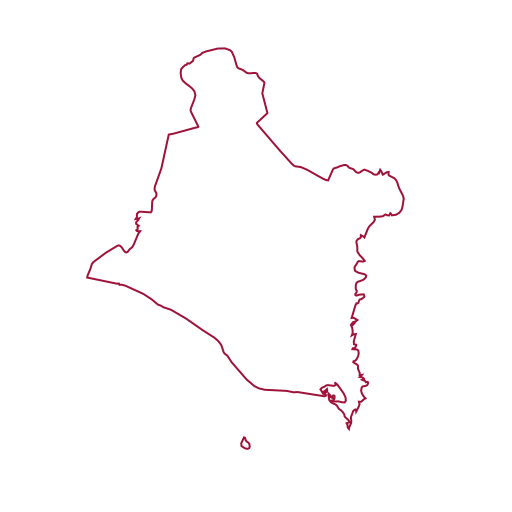 map outline of Atlántico Norte (Robinson projection), rotated 110°
{"feature_id": "NIC-657", "entity_name": "Atlántico Norte", "entity_type": "Autonomous Region", "adm_level": 1, "iso_a3": "NIC", "parent_name": "Nicaragua", "parent_adm1": "", "projection": "robinson", "projection_center": [-84.139, 14.031], "detail": "fine", "context": "isolated", "style": "outline", "palette": "rose", "viewbox_px": 512, "rotation_deg": 110, "n_neighbors": 0, "source": "natural_earth", "source_scale": "10m", "svg_char_len": 5739}
<svg xmlns="http://www.w3.org/2000/svg" viewBox="0 0 512 512"><g transform="rotate(110 256 256)"><path d="M132.5,168.8L133.3,167.6L136.2,164.6L132.4,161.6L131.7,160.1L133.8,159.5L134.5,159.1L134.9,158.2L135.6,152.6L136.8,150.3L138.6,148.4L138.9,148.2L141.0,146.6L143.3,144.7L149.4,138.2L151.6,136.8L159.5,135.2L163.0,135.0L166.5,136.2L169.4,138.6L171.3,142.2L170.9,142.6L169.9,144.1L169.8,144.4L172.4,144.8L172.8,146.6L172.7,148.6L175.4,150.6L176.7,153.2L178.7,158.4L181.2,156.7L183.7,157.0L188.9,159.5L191.9,160.2L201.5,160.5L201.0,161.6L200.6,164.6L202.7,163.9L204.1,164.7L205.4,166.1L207.5,166.7L208.9,166.3L212.4,164.1L217.3,162.2L219.8,158.8L221.6,155.0L223.4,152.2L224.7,153.6L225.6,157.6L226.6,158.4L228.6,158.6L231.9,159.4L233.3,159.5L236.0,157.9L236.7,154.6L236.0,147.5L236.8,145.7L238.4,145.5L240.3,146.2L241.5,147.0L242.5,147.9L245.6,151.7L247.2,152.4L249.2,152.3L252.4,151.2L253.2,150.7L253.7,150.0L254.4,149.3L255.6,149.1L256.7,149.3L257.4,149.6L257.9,149.7L258.8,149.1L258.8,147.9L257.7,146.7L256.8,145.3L255.2,141.7L256.7,140.4L257.6,140.3L260.7,142.4L261.0,143.1L261.5,143.7L262.9,143.9L265.1,143.8L265.8,144.2L266.1,145.4L268.4,145.7L281.5,144.9L280.8,143.7L280.8,142.3L281.5,138.8L283.1,139.8L285.2,142.3L286.9,142.8L286.7,142.2L286.1,140.8L287.0,141.2L287.6,141.4L288.0,141.8L288.8,142.8L290.4,141.2L292.8,139.8L295.4,138.8L297.8,138.8L296.8,138.0L296.2,137.3L295.2,135.5L302.6,135.0L305.4,133.8L305.1,131.5L306.8,131.3L308.1,131.5L309.1,132.2L309.6,133.5L310.6,133.5L309.3,129.2L309.9,127.5L312.3,126.2L315.0,125.8L317.9,126.0L320.3,126.8L321.5,128.3L322.5,128.3L323.0,126.5L323.3,124.5L324.0,122.8L327.2,121.5L330.5,118.5L332.4,117.9L332.1,117.4L331.8,116.3L331.5,115.8L333.5,116.5L334.2,116.9L333.8,114.8L334.0,113.1L334.7,112.4L336.0,113.8L336.1,111.5L336.3,110.5L337.0,109.5L336.1,108.1L336.6,107.3L337.9,107.1L339.6,107.5L340.3,108.2L342.0,111.0L343.2,111.7L346.3,111.3L349.0,109.5L351.0,107.0L352.3,104.4L354.0,105.8L355.7,106.6L357.1,107.5L357.7,109.5L359.7,108.1L362.0,107.9L367.9,108.6L366.3,109.4L366.2,110.2L367.2,111.0L368.8,111.7L369.3,111.6L375.2,111.7L378.7,109.9L380.5,109.5L385.0,109.8L386.8,109.5L385.8,111.1L383.4,112.3L382.2,113.7L380.2,111.2L378.6,112.9L377.3,116.2L376.4,117.9L374.7,118.8L373.1,121.0L371.9,123.5L371.4,125.6L371.0,126.3L369.4,128.2L368.7,129.3L368.3,130.7L368.1,134.0L367.8,135.5L366.7,137.4L365.1,138.7L360.5,140.7L360.9,139.8L361.2,139.1L362.3,137.6L362.3,138.8L362.8,137.9L363.1,137.2L363.2,136.5L363.2,135.5L362.1,136.2L361.7,136.3L360.5,135.5L360.5,134.5L362.1,133.7L363.6,133.5L365.0,134.0L366.0,135.5L365.9,132.6L364.4,128.7L364.1,125.6L363.3,122.6L361.4,122.1L359.2,123.0L357.6,124.1L355.0,126.8L349.2,135.2L347.8,138.8L349.1,137.3L349.5,136.6L351.3,138.2L352.8,144.4L353.7,145.8L355.4,147.0L357.3,149.0L359.3,149.8L361.4,147.0L360.4,146.0L358.0,144.4L356.8,143.8L358.3,142.9L359.9,143.4L361.3,144.9L362.4,147.0L362.3,143.5L363.2,142.4L364.4,143.7L369.6,170.3L369.9,171.1L371.2,174.0L372.3,181.2L378.7,202.0L379.4,207.9L378.8,213.1L375.2,222.7L364.2,242.5L359.4,248.9L358.7,251.4L357.8,253.2L351.5,258.2L348.8,262.4L347.0,267.2L343.8,281.3L338.7,300.4L335.6,317.7L335.8,325.1L335.2,328.7L335.2,331.6L332.4,339.2L330.1,349.2L328.6,368.7L328.9,372.4L329.8,374.5L328.8,375.4L329.6,377.3L334.0,407.3L331.6,407.6L324.9,407.2L319.5,407.5L317.1,406.6L304.0,398.0L294.0,389.9L293.4,389.3L293.0,388.6L292.9,387.8L293.0,387.0L293.3,386.1L293.8,385.2L296.3,381.8L296.8,380.9L297.0,380.0L297.1,379.2L296.6,378.5L295.6,377.9L293.3,377.2L291.9,376.5L290.9,375.8L289.5,375.2L287.0,374.8L276.2,374.3L274.2,374.1L273.7,373.7L272.3,373.4L273.0,375.2L273.2,376.7L272.7,377.3L271.5,376.5L270.5,376.5L269.3,377.3L268.7,377.2L267.8,376.5L266.7,379.7L265.1,380.1L263.1,379.2L260.6,378.7L261.3,379.5L262.0,381.0L262.4,381.7L260.3,381.2L257.1,382.3L256.0,381.7L255.1,381.5L254.3,380.6L253.8,379.5L251.2,370.5L250.9,369.7L249.9,369.4L248.1,369.7L240.1,372.2L238.8,372.2L237.2,371.7L236.3,371.1L235.5,370.6L234.7,370.4L233.7,370.3L232.9,370.4L231.9,370.7L230.5,371.7L228.9,373.7L227.2,374.4L224.6,374.8L206.0,374.9L171.7,379.5L169.3,375.4L156.0,356.7L155.2,355.1L154.8,354.6L154.2,354.4L142.2,366.9L141.0,367.5L138.9,367.7L130.1,367.5L125.7,367.9L122.3,370.2L120.6,372.9L119.5,375.6L117.9,380.9L116.3,384.7L115.1,386.2L113.8,387.3L110.0,389.3L106.6,390.2L105.1,390.0L101.1,388.1L100.1,386.6L98.5,386.4L98.3,386.1L98.1,384.7L97.9,384.2L97.4,383.9L95.5,382.8L94.5,382.1L94.0,381.9L93.5,381.9L92.8,382.1L92.0,382.2L91.6,382.2L91.2,382.1L90.9,382.0L90.6,381.8L86.8,377.9L86.0,377.2L85.4,376.8L83.6,376.0L81.0,373.1L74.2,363.0L71.5,356.1L71.5,350.7L72.3,348.7L76.4,344.6L83.6,339.4L85.1,338.1L85.5,336.9L85.7,335.5L85.6,334.7L85.7,332.0L87.1,327.3L86.9,325.8L86.3,323.8L85.4,322.1L84.3,319.5L84.2,318.2L84.4,317.2L85.8,316.2L86.8,315.0L87.8,313.2L89.0,309.5L89.6,308.2L90.3,307.3L101.0,305.7L117.4,294.4L117.9,294.2L130.6,300.7L131.2,300.4L131.9,299.7L148.8,269.6L156.8,254.5L158.1,251.6L158.3,249.8L157.1,244.3L157.5,237.3L160.4,219.9L160.7,216.2L160.3,214.1L148.5,213.3L147.5,213.0L146.8,212.5L144.9,209.9L142.7,207.6L140.2,204.0L139.8,202.9L139.8,201.9L140.0,200.9L141.1,198.9L141.2,198.1L141.1,194.8L141.3,193.8L142.8,191.0L143.0,189.5L142.8,188.3L142.3,187.4L141.7,186.8L139.8,185.6L138.0,184.0L137.8,183.7L137.7,183.2L137.8,181.8L137.7,180.5L137.8,179.6L138.0,178.0L138.1,177.4L138.1,176.5L138.3,175.6L139.0,173.4L138.9,172.4L138.7,171.4L138.4,170.8L138.1,170.2L137.7,169.9L137.3,169.6L136.4,169.4L135.7,169.3L135.9,168.8L132.5,168.8ZM435.0,197.9L437.2,196.7L438.9,196.7L440.1,197.9L440.5,200.4L439.6,204.6L437.2,205.8L430.2,205.2L429.6,205.1L430.1,205.1L430.5,205.0L430.6,204.7L430.6,204.1L432.7,202.7L433.6,201.0L434.0,199.3L435.0,197.9Z" fill="none" stroke="#9f1239" stroke-width="2"/></g></svg>